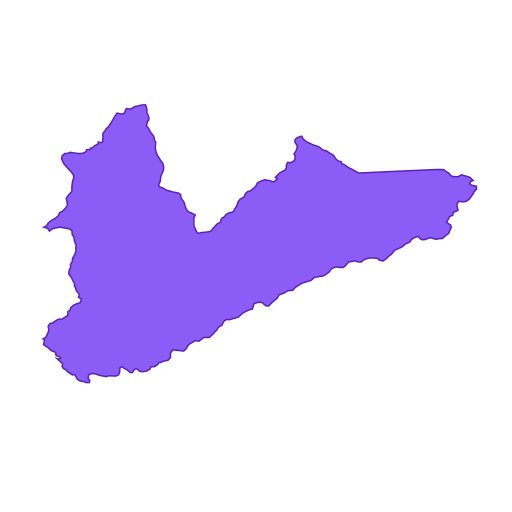 outline of Cachoeira Alta, Goiás, Brazil, rotated 275°
{"feature_id": "56859067B56256761057060", "entity_name": "Cachoeira Alta", "entity_type": "district", "adm_level": 2, "iso_a3": "BRA", "parent_name": "Brazil", "parent_adm1": "Goiás", "projection": "robinson", "projection_center": [-50.962, -18.602], "detail": "fine", "context": "isolated", "style": "filled", "palette": "violet", "viewbox_px": 512, "rotation_deg": 275, "n_neighbors": 0, "source": "geoboundaries", "source_scale": "gbopen_adm2", "svg_char_len": 5171}
<svg xmlns="http://www.w3.org/2000/svg" viewBox="0 0 512 512"><g transform="rotate(275 256 256)"><path d="M116.3,91.4L115.7,95.7L115.1,98.3L115.4,101.0L117.5,101.3L119.7,99.3L123.0,99.7L124.5,102.3L124.6,106.1L123.5,110.3L122.7,117.2L123.8,119.4L124.0,123.2L124.2,126.8L125.6,129.5L128.3,130.3L132.7,130.2L134.2,132.1L132.4,134.7L131.7,137.0L128.9,140.8L129.3,143.2L132.6,144.9L133.3,147.1L131.0,150.2L130.8,152.8L131.8,157.0L134.0,160.1L136.5,161.1L136.9,164.6L139.5,167.7L141.4,168.6L141.6,170.6L143.1,172.6L144.4,177.4L147.4,179.7L151.6,179.2L155.3,181.3L155.0,192.2L157.1,194.3L162.0,196.7L166.4,202.8L166.2,206.6L170.3,211.1L170.5,214.3L170.8,216.7L173.3,218.9L179.6,223.9L181.5,224.6L184.1,228.0L188.3,229.8L190.1,232.0L190.3,235.3L193.4,243.5L198.1,247.9L201.6,253.6L202.8,257.0L208.3,258.2L210.0,261.9L210.3,265.8L207.3,270.1L207.2,272.9L210.7,275.7L215.9,280.8L219.3,282.4L221.5,287.2L224.2,290.6L225.0,295.6L228.0,297.7L232.9,304.1L236.5,313.0L239.9,316.1L241.6,323.5L243.1,326.5L246.6,330.4L249.9,332.3L252.0,336.2L252.0,343.6L253.8,345.7L258.1,348.8L259.8,355.1L259.0,358.1L259.2,361.3L261.4,363.5L262.9,366.2L263.8,368.8L264.2,372.4L264.2,377.3L262.6,379.4L262.1,382.9L264.3,385.7L267.1,388.0L269.6,390.8L273.8,393.6L277.5,400.2L279.1,402.1L281.0,403.7L283.2,407.9L285.4,409.1L286.8,410.3L288.0,411.8L289.7,416.0L287.5,417.9L286.7,420.1L287.1,423.1L288.9,426.5L289.4,428.5L288.3,433.7L289.4,437.6L289.6,440.0L292.4,442.8L295.3,445.9L301.6,448.0L303.8,447.3L306.1,442.9L309.9,444.6L312.1,445.3L313.7,448.4L316.7,448.9L317.9,451.1L319.0,453.2L323.2,452.0L324.9,451.6L328.1,453.0L328.0,456.2L328.0,458.3L329.0,461.0L331.5,463.7L336.7,466.8L339.0,467.7L341.7,469.8L344.7,469.5L345.3,464.3L346.7,462.7L349.0,463.3L350.1,465.8L351.4,464.1L353.1,462.1L354.8,453.7L352.6,450.4L352.3,445.3L353.2,442.7L355.4,440.9L357.2,437.1L358.5,435.5L357.9,428.2L347.6,351.0L349.3,347.4L351.0,343.5L352.0,340.6L354.6,336.2L355.5,333.3L357.4,332.5L357.9,329.3L359.8,327.0L363.1,324.4L365.0,320.3L366.8,317.3L367.5,313.0L369.4,310.6L370.4,308.7L371.7,303.2L374.2,296.4L376.9,292.5L379.3,291.3L378.8,289.4L377.1,286.2L375.4,284.8L372.9,284.8L371.0,286.2L369.0,287.6L366.0,287.2L363.9,286.6L361.2,285.0L358.6,286.3L356.8,286.5L354.4,286.0L352.0,282.4L352.0,279.2L348.8,278.3L346.3,278.6L344.2,277.5L340.8,272.3L338.8,270.7L336.1,268.4L334.6,270.5L332.9,268.8L331.5,267.5L331.6,265.5L332.4,263.1L332.3,260.8L332.8,258.0L330.2,252.8L328.5,250.8L325.3,249.6L323.1,247.6L321.4,245.8L320.1,244.3L319.7,242.3L317.9,240.5L315.8,239.6L314.1,239.1L312.8,237.9L311.4,235.3L308.6,233.5L305.9,232.9L303.7,232.2L301.5,231.0L298.5,229.8L297.4,228.2L296.9,225.9L295.9,224.1L294.4,222.3L292.4,221.2L290.8,218.8L289.3,218.1L286.5,217.5L284.5,214.4L281.4,212.1L279.2,210.3L277.2,209.4L276.0,206.9L275.0,202.1L274.5,199.1L273.5,196.4L274.8,194.9L276.6,193.8L278.6,192.7L280.6,191.5L285.0,191.1L288.6,190.8L291.5,191.9L293.0,188.6L294.0,185.3L295.5,183.2L299.4,181.0L301.8,180.3L303.6,179.4L304.9,178.2L306.6,176.8L308.8,175.8L310.5,175.6L311.8,173.8L312.3,170.5L312.5,167.4L313.1,165.0L313.6,161.7L314.8,158.9L315.9,156.4L316.5,153.7L318.0,152.8L320.1,153.4L322.5,154.2L324.2,154.1L327.2,154.3L331.6,155.7L333.7,156.4L336.6,156.3L340.2,155.1L343.2,152.4L344.9,151.2L347.6,149.0L349.4,148.1L351.8,147.0L355.4,146.2L360.7,146.2L362.5,144.6L364.8,144.4L367.1,143.1L369.6,140.6L374.1,137.6L375.9,135.6L378.1,135.8L380.5,136.2L382.1,137.3L384.1,137.4L387.3,136.0L389.4,134.7L392.1,134.7L394.3,133.9L396.9,132.9L396.7,130.5L396.2,128.0L395.2,125.5L394.5,122.6L391.7,118.7L391.4,116.3L391.7,114.2L389.8,113.1L388.2,113.0L386.4,111.8L385.6,109.9L386.1,106.9L386.1,104.9L384.3,104.1L382.2,102.9L378.7,101.3L375.8,99.9L373.9,98.8L371.7,97.6L369.8,95.7L367.3,94.6L365.6,93.1L363.6,92.8L361.0,93.3L358.5,93.1L356.5,93.4L355.4,91.9L355.8,88.9L353.7,88.8L351.8,85.6L349.8,84.0L349.0,81.8L347.5,81.2L347.2,78.1L344.8,77.3L343.3,74.5L342.6,71.0L342.7,68.3L342.8,64.6L343.1,61.7L341.8,59.4L341.5,56.8L339.3,54.4L336.6,53.7L334.1,54.8L331.9,56.1L330.3,57.3L328.8,59.1L327.3,60.5L324.8,63.4L322.4,65.8L319.9,67.5L317.3,67.5L314.9,66.8L309.3,66.5L307.1,66.7L305.2,66.9L303.6,66.5L301.1,64.4L299.2,63.2L296.9,61.9L294.1,62.8L290.8,63.7L288.3,62.9L285.2,60.6L283.5,59.1L282.1,56.6L278.9,55.6L276.1,52.8L274.2,50.0L272.3,47.7L270.9,46.2L269.0,45.3L267.3,44.1L266.2,42.2L265.4,46.0L262.8,48.1L265.7,51.1L266.7,54.8L267.7,58.3L267.3,61.6L267.1,65.7L266.5,68.2L265.4,70.4L261.1,71.1L259.6,72.6L256.9,73.4L254.6,74.0L252.5,75.1L250.8,76.0L248.2,75.7L245.5,76.3L240.7,74.9L237.9,73.5L234.2,73.4L231.5,71.9L228.3,72.4L226.6,71.5L224.4,71.0L221.7,71.1L218.7,73.8L216.2,75.3L212.3,77.8L210.5,77.6L208.6,79.0L205.6,80.1L203.9,82.0L201.6,83.5L199.5,82.7L197.9,85.9L193.9,84.7L192.8,81.5L191.1,78.6L188.4,75.9L186.0,75.6L184.3,73.5L180.4,73.7L176.2,68.2L176.0,65.8L175.4,64.0L171.4,58.8L170.8,56.7L167.8,55.0L165.3,55.9L162.9,55.9L156.6,53.7L154.9,51.1L153.3,52.8L149.2,52.0L148.1,53.9L146.9,56.4L143.8,60.5L142.6,64.7L139.3,65.6L138.6,68.9L137.3,70.4L136.2,68.9L136.5,66.6L131.9,72.7L128.9,72.5L127.1,74.0L126.0,76.7L124.3,78.3L121.5,83.5L122.1,85.9L117.6,88.8L116.3,91.4Z" fill="#8b5cf6" stroke="#5b21b6" stroke-width="1.5"/></g></svg>